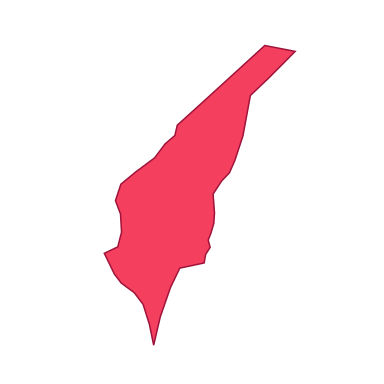 the border of Mukono, rotated 191°
{"feature_id": "UGA-3075", "entity_name": "Mukono", "entity_type": "District", "adm_level": 1, "iso_a3": "UGA", "parent_name": "Uganda", "parent_adm1": "", "projection": "robinson", "projection_center": [32.781, 0.341], "detail": "fine", "context": "isolated", "style": "filled", "palette": "rose", "viewbox_px": 384, "rotation_deg": 191, "n_neighbors": 0, "source": "natural_earth", "source_scale": "10m", "svg_char_len": 630}
<svg xmlns="http://www.w3.org/2000/svg" viewBox="0 0 384 384"><g transform="rotate(191 192 192)"><path d="M200.4,34.3L208.6,54.0L218.6,72.4L229.4,82.1L244.1,89.1L252.6,96.7L266.4,115.1L254.4,124.0L253.5,139.1L258.0,156.8L265.5,168.9L263.3,186.1L251.3,200.7L235.2,218.4L227.6,234.1L219.6,244.2L219.2,254.8L195.0,287.1L148.5,349.7L117.6,349.7L125.7,337.5L138.1,319.0L153.1,297.9L152.7,256.8L155.9,231.3L158.9,218.0L164.9,208.7L170.9,194.0L165.9,175.7L164.6,165.4L165.6,154.9L166.9,147.9L163.6,141.2L166.7,133.3L166.5,124.7L189.5,114.9L194.9,94.1L199.3,63.4L200.4,34.3Z" fill="#f43f5e" stroke="#9f1239" stroke-width="1.5"/></g></svg>